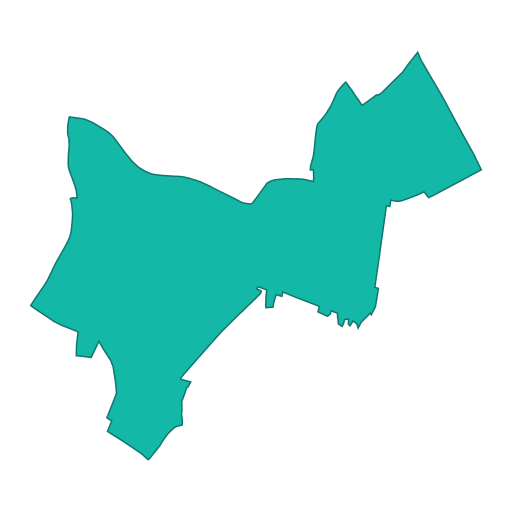 Ba Dinh, Ha Noi, Vietnam
{"feature_id": "81297802B78295235973409", "entity_name": "Ba Dinh", "entity_type": "district", "adm_level": 2, "iso_a3": "VNM", "parent_name": "Vietnam", "parent_adm1": "Ha Noi", "projection": "equal_earth", "projection_center": [105.824, 21.035], "detail": "fine", "context": "isolated", "style": "filled", "palette": "teal", "viewbox_px": 512, "rotation_deg": 0, "n_neighbors": 0, "source": "geoboundaries", "source_scale": "gbopen_adm2", "svg_char_len": 4408}
<svg xmlns="http://www.w3.org/2000/svg" viewBox="0 0 512 512"><path d="M481.3,169.8L473.3,153.4L462.0,133.1L441.9,95.8L421.0,60.1L417.7,52.3L408.0,64.5L402.7,72.1L381.4,93.0L378.5,95.0L376.5,94.9L375.3,95.7L373.9,96.9L363.2,104.6L362.1,105.4L360.7,103.4L359.1,100.9L356.0,96.6L354.0,93.5L352.1,90.7L345.8,82.1L344.7,83.1L342.5,85.3L338.0,90.7L336.4,93.4L332.5,102.5L330.1,107.3L328.2,110.1L327.4,111.7L326.4,113.2L324.9,115.3L322.6,118.2L318.7,122.7L318.0,123.6L317.4,124.7L317.0,126.0L316.4,129.9L315.8,133.8L314.0,151.5L313.4,155.5L313.2,156.6L312.7,158.6L312.1,160.5L310.8,165.3L310.5,166.6L310.4,168.0L310.4,170.0L310.9,169.9L313.4,169.8L313.7,177.4L313.4,181.5L304.3,179.4L301.3,179.1L298.1,178.9L295.4,178.9L292.7,178.8L285.5,178.7L282.9,179.0L277.5,179.5L274.5,179.9L273.1,180.3L271.3,180.8L267.1,183.1L265.7,185.1L257.0,197.1L252.2,203.4L250.8,203.9L249.4,204.0L242.5,202.8L240.2,201.6L238.8,200.9L237.9,200.4L234.3,198.5L230.3,196.5L226.8,194.8L224.8,193.8L222.6,192.7L213.4,188.2L213.0,188.0L210.5,186.5L209.3,185.9L208.4,185.5L208.1,185.4L206.2,184.5L203.3,183.2L202.4,182.8L199.9,181.6L197.6,180.9L194.5,179.9L188.8,178.1L186.4,177.6L184.7,177.2L184.1,177.1L183.0,176.9L180.7,176.5L179.6,176.5L178.8,176.4L175.9,176.3L173.8,176.2L171.7,176.1L169.5,175.9L166.1,175.7L164.1,175.6L162.7,175.5L161.7,175.4L155.4,174.7L153.4,174.3L150.8,173.7L147.5,172.3L147.0,172.1L145.5,171.4L144.2,170.8L143.9,170.6L142.4,169.6L141.1,168.8L139.6,167.9L138.4,167.2L136.6,165.5L134.2,163.3L131.7,160.9L128.3,156.7L125.8,153.6L124.3,151.6L124.0,151.1L123.7,150.8L121.9,148.4L119.1,144.5L118.7,144.0L117.2,142.0L113.0,136.5L111.9,135.5L110.0,133.7L108.2,132.2L106.7,131.2L105.7,130.5L104.8,129.9L103.7,129.2L102.8,128.7L101.6,127.9L100.5,127.2L99.2,126.5L98.4,126.0L97.6,125.5L94.9,123.9L94.3,123.5L93.4,123.0L90.5,121.6L84.3,119.0L82.9,118.8L82.2,118.7L81.4,118.6L80.0,118.4L79.3,118.3L78.0,118.1L73.5,117.5L69.3,116.9L68.8,119.6L68.3,122.3L68.2,123.1L68.0,124.1L67.6,128.0L67.7,134.0L67.9,134.8L68.1,135.5L68.2,136.1L68.4,136.9L68.9,139.0L69.2,144.8L69.0,148.6L68.9,150.1L68.4,154.7L68.2,161.4L68.2,163.6L68.3,165.8L68.7,168.0L69.5,170.8L69.6,171.3L71.2,175.6L73.2,181.0L74.6,184.9L75.8,188.9L76.3,190.7L76.6,193.4L76.6,193.5L77.2,197.9L72.0,197.9L70.3,198.7L71.1,201.1L71.8,205.2L72.5,212.3L72.6,215.6L72.2,221.7L71.2,231.2L70.2,235.7L68.1,240.8L64.8,247.1L59.1,257.1L55.3,263.9L47.4,280.3L44.4,285.2L35.9,297.5L30.7,305.5L31.9,306.5L37.4,310.3L54.1,321.5L61.1,325.0L62.9,325.8L78.1,331.8L76.6,344.4L76.4,351.4L76.3,355.7L80.6,356.1L91.2,357.5L98.9,341.3L103.4,349.2L106.3,353.7L110.7,360.4L111.9,363.7L113.0,366.0L114.4,374.8L115.5,381.9L116.0,386.8L116.5,393.4L108.6,413.5L106.8,417.7L108.5,418.9L110.3,420.1L111.8,421.0L111.5,421.6L109.2,427.1L107.5,431.4L112.0,434.3L116.0,436.8L123.0,441.2L124.0,441.9L126.5,443.6L131.2,446.7L133.2,448.1L140.5,453.0L141.0,453.4L141.5,453.8L148.2,459.7L149.3,458.9L159.8,445.7L162.6,441.1L165.3,437.2L168.0,433.7L170.8,430.8L173.3,428.6L174.9,427.3L176.4,426.5L182.2,425.0L182.3,419.9L181.5,414.0L182.0,411.0L181.9,408.9L181.7,401.7L182.8,398.7L184.1,395.2L185.1,392.6L186.0,389.7L186.6,387.8L188.2,386.8L189.4,384.3L190.8,382.0L190.4,381.9L190.0,381.8L187.3,381.0L181.2,379.4L180.6,379.3L180.7,378.7L181.4,377.2L185.2,372.7L195.9,360.5L220.8,332.4L221.9,331.3L240.0,313.3L241.5,312.1L247.6,306.1L250.2,303.7L250.7,303.2L251.5,302.4L252.1,301.8L253.0,300.9L253.2,300.7L254.1,299.9L254.4,299.5L254.9,299.1L256.1,297.9L257.6,296.3L259.2,294.8L260.3,293.7L261.0,292.5L261.2,291.0L259.7,290.2L256.7,288.9L258.1,286.7L266.7,289.9L266.0,296.7L265.7,304.6L265.9,307.7L273.1,307.1L273.6,303.3L276.1,294.6L279.0,295.5L281.8,296.4L282.8,292.0L283.5,292.3L285.1,292.9L295.5,297.2L311.7,303.4L319.5,306.4L317.9,311.8L323.9,314.6L326.2,315.7L326.6,315.9L327.6,316.2L329.1,315.0L330.3,314.0L331.1,310.9L337.5,313.2L337.5,316.8L337.9,318.5L338.2,322.3L338.6,324.2L342.2,326.4L343.5,323.6L344.7,319.4L348.5,319.2L348.4,324.4L350.1,325.8L353.0,320.9L356.8,323.9L358.1,328.1L361.1,322.4L370.3,313.1L371.3,314.8L375.5,306.5L378.4,288.4L374.8,287.4L379.7,253.9L379.8,253.1L379.8,252.7L386.4,205.7L389.9,206.5L390.4,202.5L390.8,200.1L391.9,200.4L392.1,200.4L396.8,201.3L398.4,201.3L399.0,201.3L401.7,200.7L404.9,199.6L406.7,199.0L409.1,198.1L413.0,196.6L418.5,194.5L424.0,191.8L424.8,192.8L425.9,194.2L428.6,197.6L433.2,195.5L481.3,169.8Z" fill="#14b8a6" stroke="#0f766e" stroke-width="1.5"/></svg>